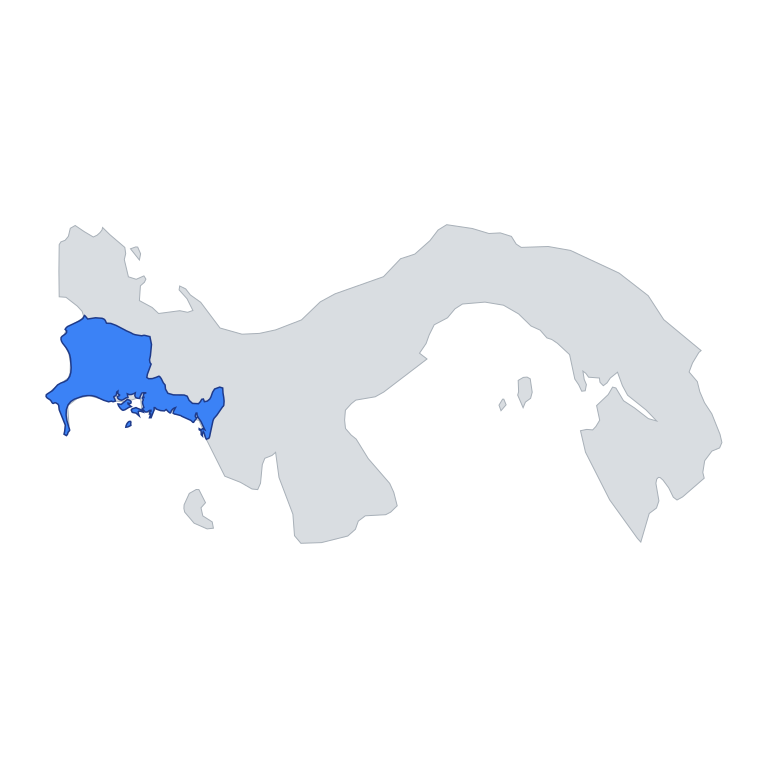 Chiriquí on a map of Panama (Natural Earth projection)
{"feature_id": "PAN-1332", "entity_name": "Chiriquí", "entity_type": "Province", "adm_level": 1, "iso_a3": "PAN", "parent_name": "Panama", "parent_adm1": "", "projection": "natural_earth1", "projection_center": [-82.256, 8.459], "detail": "fine", "context": "in_parent", "style": "filled", "palette": "blue", "viewbox_px": 768, "rotation_deg": 0, "n_neighbors": 0, "source": "natural_earth", "source_scale": "10m", "svg_char_len": 6848}
<svg xmlns="http://www.w3.org/2000/svg" viewBox="0 0 768 768"><path d="M701.1,350.6L698.9,352.4L692.5,363.0L689.1,372.0L697.3,381.6L699.8,391.7L704.5,402.7L711.8,413.8L720.0,434.3L721.9,442.5L719.6,447.9L711.9,451.1L704.7,460.7L702.8,472.4L704.2,478.2L682.6,496.9L677.0,500.0L673.3,497.2L668.7,487.8L663.1,480.2L660.2,477.6L658.4,477.4L656.7,479.2L655.9,483.3L658.9,500.9L656.5,508.0L649.2,513.5L640.8,542.1L637.5,538.5L609.7,499.9L585.5,452.2L580.5,430.7L586.7,429.4L592.7,429.9L595.9,426.5L599.7,420.2L596.6,405.6L608.2,394.6L612.6,387.1L615.9,388.0L623.5,400.7L634.6,408.0L648.3,418.6L656.7,421.0L646.0,409.9L627.6,395.2L622.4,385.6L617.5,372.2L610.3,378.0L607.0,382.9L603.3,385.7L600.0,382.3L599.4,378.0L588.6,377.2L585.8,373.3L582.9,371.1L584.2,379.4L586.4,384.6L585.2,390.8L581.7,391.2L578.7,384.8L574.8,379.0L569.6,354.6L557.3,343.2L551.6,339.4L546.9,337.9L540.1,330.1L531.0,326.0L518.6,313.9L503.5,305.2L485.0,302.1L462.5,304.0L455.0,308.8L449.9,314.9L447.5,317.8L434.2,324.8L429.2,334.9L426.1,343.5L419.5,353.2L427.0,359.0L383.8,392.0L375.2,396.8L355.8,400.1L351.3,403.7L345.4,410.2L344.6,420.1L345.5,428.5L351.1,435.0L356.2,439.1L368.3,458.7L389.7,483.4L393.8,492.4L397.2,505.8L390.7,512.1L385.7,514.7L365.3,515.8L358.3,521.1L355.4,529.3L347.8,536.0L321.5,542.6L300.9,543.3L294.5,535.7L292.9,514.2L279.0,477.5L275.6,452.3L272.1,455.4L264.8,458.3L262.3,464.6L260.5,483.3L257.7,489.6L252.0,489.0L240.4,482.3L224.8,476.2L205.0,436.7L202.9,429.3L199.0,420.4L183.7,416.7L170.7,410.0L156.4,409.0L149.1,412.7L141.7,408.0L140.4,397.1L125.5,402.0L106.3,400.3L89.2,395.7L77.5,398.2L67.7,405.8L69.0,425.5L66.1,429.4L65.7,421.3L62.3,412.1L58.2,404.4L49.5,396.5L49.1,393.6L52.5,389.5L68.2,378.1L70.1,373.2L70.4,363.2L68.9,353.7L61.8,339.6L65.9,330.9L73.9,323.9L82.2,318.4L83.6,316.1L82.1,311.3L77.3,306.1L66.0,297.3L59.2,296.8L58.9,271.5L59.2,244.6L60.9,241.9L65.1,240.3L68.4,236.3L70.3,228.3L75.2,225.5L84.2,231.6L93.3,237.0L97.1,235.2L100.0,232.6L102.0,230.0L102.6,227.5L109.9,234.7L124.8,247.4L125.7,253.6L124.3,259.6L128.4,276.8L136.2,279.3L143.9,275.9L145.9,279.1L144.4,282.3L140.4,285.8L139.4,300.6L152.2,307.5L158.6,313.5L179.8,310.7L187.6,312.3L192.9,310.5L187.0,298.7L179.1,289.9L179.7,286.0L185.7,288.9L190.3,294.9L200.7,302.3L220.0,328.0L242.0,334.2L259.4,333.4L275.6,329.9L301.5,319.9L320.2,301.9L335.1,293.8L383.5,276.7L400.6,258.7L407.9,256.4L414.8,254.1L430.0,240.6L438.1,230.0L446.7,224.7L472.3,228.5L488.9,233.5L500.3,232.9L511.4,236.4L516.2,244.1L521.2,247.4L548.2,246.5L570.4,250.4L619.1,273.1L648.2,295.7L663.7,319.6L701.1,350.6ZM213.4,528.2L207.1,528.9L194.1,523.2L184.7,512.1L183.9,508.5L184.1,504.8L189.3,493.4L196.2,489.5L198.9,489.6L205.5,502.7L201.0,507.8L202.8,515.9L212.2,521.9L213.4,528.2ZM525.4,402.1L523.1,407.7L517.7,395.1L518.6,391.8L518.2,380.4L523.3,377.4L527.1,377.1L530.2,378.8L532.2,392.2L530.6,398.3L525.4,402.1ZM140.6,253.8L139.4,260.0L130.5,248.8L135.8,246.9L137.7,247.1L140.6,253.8ZM506.1,404.8L501.0,410.7L499.0,405.1L502.6,399.2L503.8,399.2L506.1,404.8Z" fill="#d9dde1" stroke="#a8b0b8" stroke-width="1"/><path d="M53.5,403.4L52.7,403.3L52.1,402.7L51.0,400.9L50.4,400.1L47.1,397.9L46.1,396.6L46.2,394.9L47.2,394.0L52.5,390.6L57.6,384.9L60.9,383.0L64.2,381.8L67.2,380.1L69.7,376.5L70.8,372.5L71.2,367.8L70.5,358.5L69.6,354.4L68.1,351.0L66.2,347.8L62.6,343.2L61.6,341.4L61.0,339.5L61.1,337.5L62.1,336.3L65.5,333.9L66.6,332.4L66.6,330.6L65.7,330.0L65.1,329.3L66.3,327.6L67.6,326.5L79.5,320.9L82.9,318.5L84.5,315.5L85.2,316.0L87.7,319.0L95.5,317.8L102.1,318.3L104.0,319.1L105.2,320.3L106.5,323.2L110.8,323.4L116.1,325.4L125.7,330.4L125.9,330.6L130.9,332.8L133.0,334.0L135.1,334.7L138.6,335.3L141.8,335.8L142.4,335.6L144.0,335.3L144.9,335.4L149.7,336.6L149.9,336.6L151.5,344.5L150.4,355.8L149.5,359.8L150.0,362.6L151.1,364.1L147.4,374.2L146.8,377.5L148.7,378.7L152.3,378.6L156.0,377.4L157.9,376.6L159.0,376.2L160.1,377.0L161.4,378.9L163.3,382.8L165.1,385.0L165.5,389.1L167.9,393.3L173.5,394.9L184.1,395.0L187.2,396.2L189.1,400.3L192.5,403.4L198.5,403.7L200.4,401.6L201.7,399.3L203.4,399.0L204.4,401.7L207.3,401.1L209.8,399.0L211.0,396.8L212.6,392.2L214.6,389.0L219.7,387.1L222.7,388.0L223.0,393.0L223.7,397.2L224.1,401.1L223.8,405.2L223.5,405.8L223.3,406.2L222.6,406.8L216.8,415.2L214.0,418.4L213.5,419.4L213.0,420.7L210.1,434.1L209.8,435.8L209.4,437.3L208.8,438.4L206.5,439.1L206.4,439.2L205.6,437.9L204.0,432.8L203.2,431.5L202.5,433.6L202.4,434.7L202.5,436.0L201.2,434.6L201.2,432.7L201.0,430.8L199.2,429.7L199.2,428.7L200.2,429.3L201.1,429.6L201.9,429.4L202.4,428.7L203.2,428.7L203.6,429.1L203.9,429.2L204.8,429.7L200.9,421.4L198.3,417.7L197.2,415.6L196.9,413.1L196.1,413.1L195.5,414.6L195.2,416.1L195.6,417.2L196.9,417.7L196.1,418.9L194.4,421.0L193.6,422.3L192.9,422.3L190.9,420.4L181.8,416.3L180.8,415.6L176.0,414.3L174.4,414.0L173.1,413.2L173.6,411.2L175.5,407.6L174.1,408.1L172.6,409.2L171.3,410.8L170.8,412.6L170.1,413.0L168.5,411.9L166.1,409.5L164.4,410.9L160.6,410.6L156.8,409.3L155.0,407.6L154.2,407.6L154.1,410.0L151.2,417.4L150.9,417.1L150.4,416.8L150.2,416.8L150.2,417.7L149.5,417.7L150.6,414.6L150.6,413.6L149.5,414.0L149.7,412.9L149.8,412.1L150.2,411.6L151.0,411.3L151.0,410.3L149.5,410.4L147.5,411.8L145.9,412.1L144.9,411.7L143.4,409.9L142.3,409.5L142.3,408.6L142.9,408.3L143.4,407.8L143.9,407.6L142.6,403.4L142.5,401.5L143.2,400.2L143.2,399.3L142.5,398.7L142.3,398.0L142.6,397.3L143.2,396.6L143.3,396.9L143.3,397.3L143.4,397.5L143.9,397.5L143.4,395.7L143.5,394.3L144.4,393.4L146.3,392.8L143.6,392.7L142.2,392.9L141.6,393.3L139.7,397.7L139.6,398.5L137.4,398.2L135.6,397.4L134.8,395.6L135.3,392.8L133.4,393.8L131.4,394.5L129.3,394.6L127.3,393.8L127.5,394.7L127.8,396.6L128.0,397.5L126.2,397.8L122.9,399.8L121.4,400.2L119.3,399.6L117.6,398.0L117.4,396.5L119.5,395.6L119.5,394.7L118.5,394.3L117.9,393.5L117.8,392.4L117.9,391.1L116.7,392.1L116.5,393.8L116.0,395.5L113.9,396.6L113.9,397.5L114.4,398.2L114.8,399.2L115.2,400.2L115.4,401.1L113.3,401.7L112.5,401.6L111.5,401.1L108.6,401.8L103.8,400.3L95.8,396.6L91.6,395.6L87.0,395.6L82.4,396.3L74.3,399.2L70.8,401.5L68.1,404.8L66.4,409.5L66.1,415.0L66.9,420.6L69.6,429.7L69.6,430.5L68.1,432.3L67.4,434.5L66.4,435.6L64.0,434.2L64.7,431.1L65.3,425.1L59.2,409.8L58.7,405.5L57.9,404.1L55.9,402.9L54.9,402.7L53.5,403.4ZM128.0,404.0L131.3,406.6L129.0,407.3L124.9,409.8L123.0,410.3L121.6,409.6L120.0,407.9L118.6,405.8L117.9,404.0L118.6,404.0L121.2,404.4L127.2,399.5L129.7,400.2L131.1,401.7L131.0,403.0L129.9,403.6L128.0,403.0L128.0,404.0ZM143.2,412.1L140.7,411.3L139.1,411.1L138.3,411.7L138.4,412.9L138.4,413.6L139.2,415.9L136.0,413.1L135.1,412.9L132.8,412.5L132.1,412.1L131.2,410.0L132.2,408.8L136.0,407.6L137.6,408.4L140.0,409.3L142.2,410.4L143.2,412.1ZM125.8,427.2L126.1,425.6L126.9,423.8L128.0,422.3L129.2,421.4L130.6,421.4L130.9,422.2L130.7,423.7L130.9,425.4L128.8,426.5L127.5,427.0L125.8,427.2Z" fill="#3b82f6" stroke="#1e3a8a" stroke-width="1.5"/></svg>